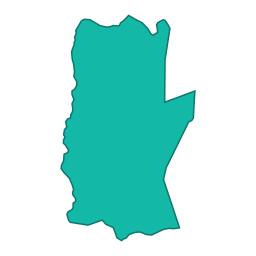 Minas do Leão, Rio Grande do Sul, Brazil (Robinson projection)
{"feature_id": "56859067B4041137923499", "entity_name": "Minas do Leão", "entity_type": "district", "adm_level": 2, "iso_a3": "BRA", "parent_name": "Brazil", "parent_adm1": "Rio Grande do Sul", "projection": "robinson", "projection_center": [-52.102, -30.074], "detail": "fine", "context": "isolated", "style": "filled", "palette": "teal", "viewbox_px": 256, "rotation_deg": 0, "n_neighbors": 0, "source": "geoboundaries", "source_scale": "gbopen_adm2", "svg_char_len": 1355}
<svg xmlns="http://www.w3.org/2000/svg" viewBox="0 0 256 256"><path d="M169.9,28.4L167.7,24.2L165.0,20.3L163.1,19.8L157.8,22.6L156.5,25.0L157.3,28.5L157.6,32.5L152.9,35.2L150.7,33.6L147.7,28.5L142.2,22.8L135.1,19.2L128.6,15.4L125.7,18.6L122.6,21.5L120.6,22.8L119.4,25.5L116.7,26.0L113.5,25.5L110.8,26.5L107.3,27.2L104.1,26.5L100.2,25.7L90.0,19.7L84.4,19.3L81.4,20.9L75.7,30.6L76.3,33.0L74.6,37.3L75.3,40.3L74.2,42.3L74.1,44.9L72.6,48.7L71.7,51.4L71.9,55.6L72.3,59.5L73.6,64.0L74.2,68.7L74.6,71.8L73.8,76.4L76.7,81.5L76.8,85.1L74.7,89.1L72.0,91.0L72.1,94.8L74.0,99.6L72.0,103.8L72.8,108.8L72.6,111.4L70.8,114.9L70.4,118.1L67.8,118.8L65.7,121.6L66.7,127.2L64.6,129.4L63.6,134.8L65.0,136.9L63.6,139.8L63.4,143.2L65.3,145.0L68.6,150.4L67.7,152.6L64.1,154.2L63.6,160.8L61.5,165.2L61.1,168.5L63.8,172.3L69.3,178.2L72.5,185.5L73.6,189.8L72.6,192.2L72.9,194.9L75.5,198.4L75.7,201.4L73.1,203.2L73.1,207.8L71.8,209.7L68.2,211.7L66.9,214.3L68.6,220.3L70.2,222.3L88.0,225.1L102.3,220.1L105.9,224.3L113.3,227.6L117.1,237.9L121.6,240.6L123.3,239.0L126.1,238.2L128.7,234.9L132.2,233.2L136.3,232.2L140.0,232.0L146.4,234.5L151.6,235.0L163.2,229.5L169.1,228.3L173.4,228.7L179.5,227.8L163.5,179.6L164.1,176.7L166.2,167.7L188.7,121.9L191.8,120.4L193.4,117.9L194.0,105.4L194.9,91.0L164.7,102.2L165.0,60.1L169.9,28.4Z" fill="#14b8a6" stroke="#0f766e" stroke-width="1.5"/></svg>